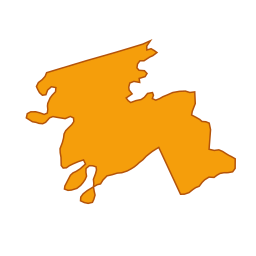 Coronel Barros, Rio Grande do Sul, Brazil (Natural Earth projection), rotated 255°
{"feature_id": "56859067B68301382836853", "entity_name": "Coronel Barros", "entity_type": "district", "adm_level": 2, "iso_a3": "BRA", "parent_name": "Brazil", "parent_adm1": "Rio Grande do Sul", "projection": "natural_earth1", "projection_center": [-54.066, -28.404], "detail": "fine", "context": "isolated", "style": "filled", "palette": "amber", "viewbox_px": 256, "rotation_deg": 255, "n_neighbors": 0, "source": "geoboundaries", "source_scale": "gbopen_adm2", "svg_char_len": 2284}
<svg xmlns="http://www.w3.org/2000/svg" viewBox="0 0 256 256"><g transform="rotate(255 128 128)"><path d="M206.5,172.2L205.2,164.2L204.7,149.6L204.3,136.1L203.9,112.3L203.8,105.4L202.5,63.7L199.3,61.3L196.9,57.6L195.1,53.2L191.8,50.3L188.6,50.8L185.0,51.7L181.8,53.8L181.4,57.3L185.5,60.2L187.7,64.7L185.7,68.8L181.8,67.4L179.3,63.3L177.2,60.6L172.6,56.9L170.1,55.9L166.6,55.3L163.3,53.9L162.8,50.6L165.5,46.7L167.6,43.0L168.8,38.2L167.9,34.4L164.1,32.4L158.8,37.3L157.2,40.7L155.5,43.2L154.2,46.7L154.8,49.9L158.1,54.9L158.5,58.4L156.5,62.6L153.3,69.7L154.1,75.3L151.8,78.0L148.2,77.3L145.8,74.6L143.7,70.8L141.5,67.1L138.8,64.7L134.9,63.1L131.0,60.9L125.6,57.0L121.6,56.1L117.1,55.7L112.0,54.5L109.1,53.8L106.1,55.0L105.5,58.2L106.8,61.7L107.6,65.8L108.4,71.5L108.7,76.8L104.2,77.6L100.9,71.1L99.5,66.7L98.9,63.3L97.3,60.2L93.8,57.0L88.3,52.0L85.5,50.8L83.3,53.9L82.7,57.3L82.9,63.0L84.8,67.4L86.9,70.4L89.3,73.2L92.2,75.5L96.2,75.9L99.8,77.0L101.6,81.0L100.6,84.3L98.7,87.1L95.6,86.7L92.1,84.7L87.4,81.3L83.2,80.6L80.1,79.4L81.2,83.6L81.1,87.0L84.2,90.3L87.2,95.3L87.0,100.4L87.2,105.9L86.4,110.5L86.7,116.1L87.7,120.3L88.8,123.9L90.2,127.1L91.7,129.9L93.5,134.2L96.0,138.2L97.8,142.3L99.1,145.4L100.3,149.2L101.3,152.7L50.4,161.6L49.5,165.4L49.8,170.2L51.9,175.0L52.9,178.0L53.3,181.7L56.4,185.6L58.1,188.6L59.6,193.5L58.0,198.3L59.4,201.8L60.3,205.1L60.0,209.0L59.0,212.9L58.6,217.7L61.2,221.0L70.5,223.6L73.6,220.5L75.5,218.3L77.8,216.1L80.9,213.3L83.4,210.1L84.0,205.5L86.5,200.8L105.0,207.3L111.7,207.7L113.9,204.8L115.2,201.1L117.7,199.5L120.5,196.7L124.1,192.8L127.5,194.4L134.2,199.3L145.6,201.8L146.3,196.9L148.8,193.0L150.1,187.2L150.7,180.4L149.8,174.6L149.2,169.8L148.2,166.1L147.7,162.0L150.1,159.1L153.1,161.1L155.9,160.8L156.3,155.8L153.4,151.8L152.1,148.1L152.4,142.8L151.9,137.2L154.4,135.2L157.5,134.0L159.9,140.8L164.4,138.9L167.3,139.3L171.0,141.4L171.5,145.7L169.0,151.1L173.0,151.6L173.2,157.8L175.7,160.5L179.1,158.7L180.9,153.6L183.8,152.2L187.4,153.8L189.8,156.9L188.8,160.9L190.9,167.3L191.4,170.6L193.4,175.5L195.9,173.5L198.6,170.8L198.5,166.4L202.3,167.3L206.5,172.2ZM65.4,74.4L67.9,76.5L71.7,78.8L76.0,79.0L80.1,79.4L78.1,72.5L76.0,67.6L73.5,64.5L70.0,63.3L67.3,66.5L65.5,70.0L65.4,74.4Z" fill="#f59e0b" stroke="#b45309" stroke-width="1.5"/></g></svg>